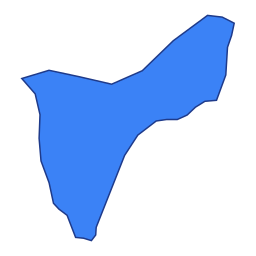 outline of Butaleja
{"feature_id": "UGA-3119", "entity_name": "Butaleja", "entity_type": "County", "adm_level": 1, "iso_a3": "UGA", "parent_name": "Uganda", "parent_adm1": "", "projection": "robinson", "projection_center": [33.927, 0.859], "detail": "fine", "context": "isolated", "style": "filled", "palette": "blue", "viewbox_px": 256, "rotation_deg": 0, "n_neighbors": 0, "source": "natural_earth", "source_scale": "10m", "svg_char_len": 522}
<svg xmlns="http://www.w3.org/2000/svg" viewBox="0 0 256 256"><path d="M111.6,84.2L142.3,70.7L173.4,40.6L207.5,15.4L222.2,17.1L234.2,23.2L231.6,35.4L227.5,47.3L225.8,75.0L216.5,100.3L204.9,101.3L195.4,107.2L187.2,115.0L177.3,119.5L166.6,119.5L156.2,121.0L137.8,135.1L124.6,155.4L96.2,227.3L95.7,235.0L91.4,240.6L83.5,238.2L75.6,237.4L67.1,215.3L59.0,209.2L53.5,203.3L49.1,182.8L41.0,160.9L39.1,138.3L40.0,114.7L35.2,93.9L21.8,78.5L49.0,70.3L79.1,76.7L111.6,84.2Z" fill="#3b82f6" stroke="#1e3a8a" stroke-width="1.5"/></svg>